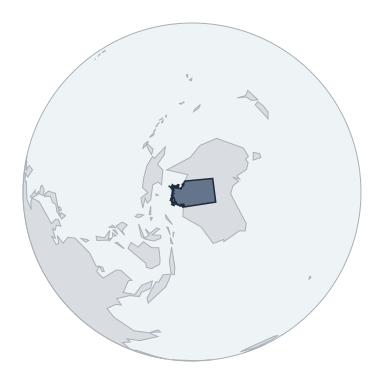 the Earth from above Northern Territory, rotated 263°
{"feature_id": "AUS-2650", "entity_name": "Northern Territory", "entity_type": "Territory", "adm_level": 1, "iso_a3": "AUS", "parent_name": "Australia", "parent_adm1": "", "projection": "orthographic", "projection_center": [133.869, -18.484], "detail": "fine", "context": "on_globe", "style": "filled", "palette": "slate", "viewbox_px": 384, "rotation_deg": 263, "n_neighbors": 0, "source": "natural_earth", "source_scale": "10m", "svg_char_len": 10758}
<svg xmlns="http://www.w3.org/2000/svg" viewBox="0 0 384 384"><g transform="rotate(263 192 192)"><circle cx="192" cy="192" r="169" fill="#eef3f6" stroke="#a8b0b8"/><path d="M309.0,200.7L309.0,202.0L308.8,202.1L309.0,200.7ZM278.4,46.8L278.3,46.7L278.2,46.7L278.4,46.8ZM342.6,123.1L341.2,119.5L342.9,122.3L342.6,123.1ZM339.8,117.0L340.4,118.3L339.7,117.2L339.8,117.0ZM338.9,116.0L339.5,116.8L339.0,116.3L338.9,116.0ZM337.9,115.1L338.4,115.4L338.4,115.5L337.9,115.1ZM336.0,112.6L335.4,111.9L335.7,111.9L336.0,112.6ZM188.7,23.1L189.5,23.1L190.2,23.0L203.5,23.4L216.7,24.9L229.8,27.3L242.7,30.8L241.9,30.6L247.9,32.6L243.4,31.4L242.4,31.8L234.0,30.0L234.0,30.9L236.3,31.7L238.0,33.8L233.4,36.4L226.8,30.8L231.7,28.5L228.8,28.8L226.3,27.9L223.4,27.7L221.6,28.3L223.3,28.8L204.6,27.3L194.1,30.2L202.4,30.9L205.5,32.8L200.9,39.2L177.7,48.6L181.6,53.3L180.5,56.2L174.1,57.7L175.5,53.3L170.8,51.5L172.6,49.1L162.8,50.7L165.0,47.4L156.3,50.8L157.4,53.5L165.2,52.9L156.8,57.8L162.2,63.2L160.6,70.1L143.9,83.0L130.3,87.7L129.0,90.2L124.8,87.7L117.4,93.3L123.8,107.4L122.9,111.9L111.7,121.6L111.8,118.2L100.6,111.5L97.2,122.8L105.6,130.8L108.5,141.8L101.4,139.1L98.6,129.7L94.7,127.1L96.8,117.3L95.4,104.3L88.3,108.1L89.8,102.7L86.8,93.5L77.2,99.2L61.3,117.5L57.5,132.2L52.7,140.4L50.9,122.4L54.1,109.6L50.8,112.5L51.0,104.7L44.0,111.1L45.3,108.5L43.5,111.5L43.6,111.3L49.6,101.0L56.3,91.3L63.7,82.0L71.8,73.3L80.4,65.1L89.6,57.6L99.2,50.8L109.4,44.6L119.9,39.2L130.8,34.5L142.0,30.6L153.5,27.5L165.1,25.2L176.9,23.7L188.7,23.1ZM39.4,119.4L40.2,117.9L44.2,110.4L41.9,115.2L41.7,117.6L33.8,134.4L29.3,146.3L33.8,132.6L39.4,119.4ZM26.6,157.4L28.1,152.0L27.2,155.8L23.9,176.6L23.0,191.1L24.0,174.2L26.6,157.4ZM26.1,223.9L26.3,225.0L30.0,239.8L32.0,246.4L26.1,223.9ZM39.1,263.8L39.5,264.6L39.7,265.2L39.1,263.8ZM90.8,297.2L94.1,298.8L93.0,299.8L90.8,297.2ZM30.1,228.1L39.0,256.8L38.9,259.5L35.4,252.7L29.8,236.2L28.9,228.9L27.5,220.6L30.1,228.1ZM149.2,167.6L154.3,168.4L154.2,169.2L149.2,167.6ZM143.7,164.8L149.5,165.0L142.9,166.6L143.7,164.8ZM151.8,165.2L157.6,163.7L160.2,162.5L159.8,164.1L151.8,165.2ZM139.9,165.0L119.7,165.8L111.9,164.4L113.6,161.3L126.1,161.1L139.9,165.0ZM113.0,161.3L101.4,154.7L87.1,135.0L92.2,134.4L107.4,145.3L106.4,147.8L113.4,153.2L113.0,161.3ZM141.7,145.0L140.7,152.3L129.4,152.1L124.3,151.2L120.8,142.3L122.8,137.6L126.8,137.4L143.7,121.7L149.4,125.3L143.9,131.7L148.6,137.7L141.7,145.0ZM57.8,133.4L59.3,141.3L56.9,143.7L57.8,133.4ZM151.3,111.6L144.0,117.9L150.9,109.5L151.3,111.6ZM155.9,104.0L156.0,107.0L153.5,104.0L155.9,104.0ZM128.1,94.2L123.7,95.2L124.0,93.1L129.8,90.7L128.1,94.2ZM159.3,76.2L157.8,81.7L156.4,83.7L155.2,80.3L159.3,76.2ZM271.0,265.3L273.6,268.3L269.0,273.1L262.3,277.2L255.3,276.5L271.0,265.3ZM217.8,264.5L216.2,256.6L223.8,257.6L221.9,263.8L217.8,264.5ZM275.7,262.3L279.8,257.1L279.9,248.4L281.1,256.9L286.0,259.8L275.4,268.6L275.7,262.3ZM185.6,230.1L154.2,241.9L146.9,240.1L147.7,234.3L138.8,217.5L141.1,217.8L138.3,206.8L156.2,196.8L168.7,180.0L179.9,181.8L187.6,170.4L199.6,172.6L196.6,181.7L209.8,190.0L217.0,169.6L226.6,194.6L237.3,205.7L242.2,223.0L229.3,248.5L220.3,252.3L217.8,249.0L214.3,251.3L207.7,248.8L202.5,238.4L199.1,240.8L201.8,234.2L197.1,239.8L193.0,233.3L185.6,230.1ZM271.7,203.6L273.9,205.1L277.8,211.0L274.3,208.8L271.7,203.6ZM303.6,203.0L304.9,205.7L302.5,205.0L303.6,203.0ZM308.8,202.1L305.9,201.4L309.0,200.7L308.8,202.1ZM281.3,192.8L282.5,194.8L281.7,195.0L281.3,192.8ZM280.4,192.0L281.5,190.0L281.5,192.4L280.4,192.0ZM269.5,175.6L270.6,174.8L271.3,175.9L269.5,175.6ZM162.0,168.6L169.0,163.0L173.0,162.8L162.0,168.6ZM267.5,172.4L264.4,171.3L264.7,170.2L267.5,172.4ZM267.6,169.7L267.1,167.8L269.3,172.5L267.6,169.7ZM261.5,164.1L265.4,168.2L261.1,164.3L261.5,164.1ZM259.3,163.8L256.5,161.8L256.7,161.3L259.3,163.8ZM230.0,158.9L240.1,171.0L232.4,169.0L223.6,161.1L217.4,165.7L202.9,162.6L206.0,159.5L203.9,153.9L189.4,150.1L186.5,146.4L191.5,144.7L182.1,141.2L192.3,140.6L196.7,148.0L202.5,143.3L213.0,146.2L223.3,150.3L232.0,157.2L230.0,158.9ZM192.7,155.9L194.5,156.1L193.0,158.1L192.7,155.9ZM251.3,156.4L255.3,161.0L254.9,161.7L253.0,160.7L251.3,156.4ZM233.9,156.4L243.1,152.7L245.4,153.4L239.3,158.6L233.9,156.4ZM240.8,148.4L245.2,150.3L247.6,154.2L246.7,154.8L240.8,148.4ZM171.8,147.6L171.5,149.5L168.9,147.9L171.8,147.6ZM175.1,146.7L183.1,149.4L174.5,148.3L175.1,146.7ZM152.0,139.3L154.2,143.7L161.1,141.1L155.9,145.0L160.7,152.6L159.2,155.4L154.3,147.2L152.9,155.6L149.9,155.4L148.0,148.2L151.0,139.6L154.0,136.2L166.7,135.1L152.0,139.3ZM175.0,141.2L173.0,136.0L174.5,132.7L176.7,135.5L175.0,141.2ZM167.2,123.7L162.2,117.9L157.3,119.9L167.5,112.6L170.6,119.2L167.2,123.7ZM163.5,111.5L158.8,113.2L163.8,109.0L163.5,111.5ZM157.8,111.4L157.7,107.7L161.1,108.3L157.8,111.4ZM165.8,111.7L167.2,105.5L168.7,109.2L165.8,111.7ZM157.1,99.7L163.9,105.7L154.4,103.0L155.5,91.7L159.7,91.4L157.1,99.7ZM189.9,60.3L189.7,57.9L193.9,57.7L192.8,59.4L189.9,60.3ZM207.4,56.2L194.9,56.9L184.9,58.2L187.4,59.5L184.0,63.6L181.0,59.4L189.0,55.5L196.3,55.3L198.7,52.3L204.9,51.0L205.4,47.3L208.5,46.2L210.3,49.6L207.4,56.2ZM205.4,45.8L208.7,40.5L216.0,42.4L216.9,44.0L212.3,45.5L208.7,44.4L205.4,45.8ZM211.6,39.9L208.2,38.9L205.7,31.8L207.0,30.9L212.8,36.6L209.8,36.0L209.1,37.6L211.6,39.9Z" fill="#d9dde1" stroke="#a8b0b8" stroke-width="1"/><path d="M178.1,181.5L178.7,181.9L178.7,182.2L178.6,182.6L178.8,182.4L178.8,182.6L178.9,182.2L178.8,181.4L178.9,181.6L179.1,181.5L179.5,181.7L179.8,182.0L179.8,182.4L180.0,182.3L180.1,182.5L180.2,182.4L179.9,181.7L180.0,181.4L180.4,181.5L180.8,181.2L180.9,181.3L180.9,181.0L180.4,181.3L180.4,181.2L180.2,181.3L180.0,181.1L179.8,180.7L180.2,180.7L180.4,180.5L180.0,180.6L179.6,180.5L179.1,180.2L179.2,179.9L179.5,179.4L179.5,179.1L179.8,179.2L179.8,178.9L179.9,179.0L180.2,178.9L180.1,178.5L180.4,178.2L180.6,177.3L180.7,177.5L180.8,177.5L181.3,177.3L181.6,176.9L181.9,177.0L181.2,176.4L181.3,175.8L181.4,175.7L181.5,175.8L181.8,175.7L181.9,175.0L182.0,175.0L182.2,174.9L182.4,174.9L182.6,175.1L182.9,175.1L182.5,174.8L182.5,174.7L182.6,174.3L182.5,174.2L183.1,174.3L183.1,174.7L183.5,174.9L183.5,174.7L183.7,174.8L183.4,174.5L183.7,174.6L183.4,174.3L183.2,174.3L183.2,174.2L183.5,174.0L183.9,174.1L183.7,173.5L183.8,173.4L184.0,173.4L184.5,173.7L184.6,173.1L184.7,173.6L185.0,173.8L186.0,173.7L186.3,173.6L186.8,173.8L187.3,173.4L187.4,173.6L187.7,173.6L187.8,173.8L187.7,174.1L187.9,173.8L187.9,173.4L188.2,173.2L188.6,173.3L188.8,173.3L188.4,173.1L188.5,172.5L188.3,172.3L188.6,171.9L188.3,171.8L188.0,171.4L187.7,171.3L186.9,171.5L186.7,171.4L186.7,171.2L186.4,171.2L186.5,171.0L185.9,170.9L186.0,170.8L186.1,170.6L186.3,170.5L186.4,170.8L186.5,170.7L186.5,170.4L186.8,170.7L186.9,171.0L187.0,170.9L187.1,171.2L187.3,171.0L187.1,170.9L187.1,170.4L187.4,170.8L187.4,170.5L187.6,170.4L187.7,170.8L187.9,170.6L188.0,170.7L188.5,171.5L189.0,171.2L189.7,171.5L190.0,172.1L190.5,172.0L190.4,172.2L190.7,172.1L190.9,172.3L191.0,172.2L191.0,172.5L191.1,172.4L191.4,172.4L191.8,172.1L192.1,172.1L191.9,172.4L191.9,172.5L192.2,172.7L192.5,172.5L192.8,172.6L192.9,172.8L192.9,173.2L193.2,172.8L193.6,173.1L194.1,173.1L194.6,172.8L194.9,173.3L195.2,173.4L195.5,173.7L195.9,173.8L195.7,173.6L196.3,173.6L195.9,173.5L196.2,173.3L196.5,173.2L196.6,173.3L196.8,173.1L197.0,173.2L197.3,173.0L196.9,173.1L197.0,172.8L197.4,172.8L197.8,172.5L197.8,172.2L198.0,172.3L197.9,172.5L197.3,173.0L197.9,172.9L197.1,173.4L197.4,173.9L197.8,173.4L197.9,173.5L198.3,173.1L198.0,173.6L198.3,173.6L198.1,174.0L198.2,174.3L198.9,174.3L199.2,173.7L198.7,173.5L199.8,172.7L199.5,172.9L199.7,173.0L200.0,173.8L200.3,173.8L200.3,173.6L200.1,173.6L200.3,173.5L200.7,173.6L200.8,174.0L201.0,174.0L200.3,174.6L200.5,174.3L200.3,174.4L200.3,174.7L200.1,174.8L200.1,175.1L199.9,175.1L199.9,175.4L199.7,175.2L199.7,175.3L199.5,175.2L199.5,175.5L200.0,175.9L199.8,176.0L199.7,175.8L199.7,176.1L199.5,176.6L199.4,176.5L199.0,176.8L199.2,176.6L199.2,176.1L199.0,176.4L198.8,176.3L198.8,176.5L198.6,176.7L198.5,176.3L198.3,176.6L198.3,176.8L198.1,176.5L197.9,176.7L197.8,177.0L198.0,177.1L197.7,177.2L197.7,177.6L197.9,177.9L197.8,178.0L198.0,178.1L198.2,177.8L198.3,177.8L198.1,178.5L197.9,178.7L197.8,179.4L197.4,179.6L197.1,180.1L196.7,180.7L196.3,180.9L196.6,181.6L198.7,183.0L198.8,183.4L199.5,183.9L200.1,184.3L200.1,184.6L200.3,184.5L200.7,184.6L200.9,184.4L201.9,185.1L203.0,185.5L203.3,186.1L203.7,186.4L202.9,214.2L179.1,214.3L178.1,181.5ZM185.3,171.2L185.2,171.4L185.1,171.5L185.1,171.8L184.8,171.7L184.6,172.2L183.6,172.8L182.3,172.0L181.9,170.7L182.0,170.5L182.3,170.9L182.5,170.9L182.5,171.2L182.8,171.3L182.9,171.2L183.5,171.0L183.8,171.3L183.8,171.0L184.1,170.8L184.3,171.2L184.3,170.8L184.5,170.6L184.6,170.9L184.9,170.8L185.1,171.2L185.3,171.2ZM200.9,179.3L200.8,179.7L200.7,179.7L200.2,179.6L199.9,179.7L199.3,179.4L199.0,179.5L199.3,179.2L199.3,178.3L199.6,178.4L199.6,178.2L199.8,178.3L199.9,178.2L199.7,177.9L199.9,178.0L200.2,177.8L200.0,178.1L200.2,178.4L200.4,178.4L200.5,178.1L200.7,178.3L200.5,178.6L200.3,178.7L200.3,178.8L200.1,179.1L200.2,179.4L200.3,179.3L200.6,179.5L200.7,179.3L200.9,179.3ZM182.1,172.1L182.6,172.3L182.3,172.5L181.8,172.3L181.1,172.5L180.9,172.4L181.0,172.3L181.0,172.1L181.4,172.1L181.4,171.6L181.6,171.1L181.8,171.0L182.0,171.4L181.9,171.6L182.2,171.8L182.1,172.1ZM188.0,170.5L188.1,170.3L187.9,170.1L188.2,170.1L188.3,169.9L188.3,170.5L188.3,171.0L188.0,170.5ZM201.1,183.7L201.2,184.1L201.1,184.3L200.8,183.9L200.7,183.9L200.9,183.6L201.1,183.7ZM200.4,170.2L200.2,170.7L199.7,171.3L200.2,170.6L200.2,170.2L200.4,170.2ZM198.9,178.0L198.8,178.4L198.7,178.4L198.6,178.1L198.5,178.4L198.4,178.3L198.4,178.0L198.6,178.1L198.7,177.9L198.9,178.0ZM199.1,171.8L199.5,171.4L199.2,171.8L198.7,172.0L198.9,171.7L199.1,171.8ZM199.8,183.4L199.7,183.7L199.5,183.4L199.8,183.4ZM188.4,171.9L188.5,172.0L188.3,172.1L188.1,171.9L188.4,171.9ZM198.8,173.0L199.1,172.9L198.9,173.1L198.5,173.1L198.8,173.0ZM200.0,183.7L200.1,183.9L199.9,184.1L199.8,183.9L200.0,183.7ZM200.3,183.7L200.4,183.8L200.1,184.0L200.1,183.7L200.3,183.7ZM198.5,177.5L198.4,177.0L198.7,177.2L198.6,177.3L198.5,177.5ZM179.6,181.3L179.8,181.5L179.8,181.8L179.6,181.3ZM190.5,171.8L190.9,171.8L190.5,171.9L190.5,171.8ZM198.0,172.1L198.3,171.9L198.2,172.1L198.0,172.1ZM200.6,183.5L200.4,183.4L200.6,183.3L200.6,183.5ZM190.9,171.3L191.0,171.5L190.6,171.6L190.6,171.4L190.9,171.3ZM197.3,181.3L197.4,181.5L197.2,181.5L197.3,181.3ZM194.8,173.0L195.0,173.1L195.0,173.3L194.8,173.0ZM187.6,173.2L187.8,173.2L187.8,173.3L187.6,173.2ZM199.9,172.2L199.8,172.4L199.6,172.4L199.9,172.2ZM179.9,181.4L179.9,181.5L179.8,181.3L179.9,181.4ZM195.6,172.7L195.4,172.8L195.4,172.7L195.6,172.7ZM199.5,172.7L199.5,172.4L199.5,172.7ZM200.5,173.2L200.5,173.4L200.4,173.3L200.5,173.2Z" fill="#64748b" stroke="#1e293b" stroke-width="1.5"/></g></svg>